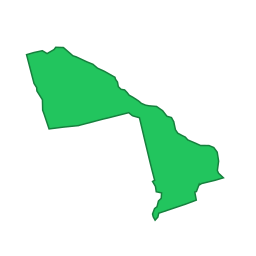 outline of Mangilao, Guam, rotated 256°
{"feature_id": "77769853B74833203647496", "entity_name": "Mangilao", "entity_type": "district", "adm_level": 2, "iso_a3": "GUM", "parent_name": "Guam", "parent_adm1": "", "projection": "albers", "projection_center": [144.825, 13.463], "detail": "fine", "context": "isolated", "style": "filled", "palette": "green", "viewbox_px": 256, "rotation_deg": 256, "n_neighbors": 0, "source": "geoboundaries", "source_scale": "gbopen_adm2", "svg_char_len": 1278}
<svg xmlns="http://www.w3.org/2000/svg" viewBox="0 0 256 256"><g transform="rotate(256 128 128)"><path d="M38.6,131.0L35.7,131.0L32.0,132.0L34.3,135.4L37.9,137.2L40.0,163.1L40.1,164.7L41.5,176.8L49.7,177.3L49.8,179.0L56.1,183.4L55.5,183.5L56.3,186.0L56.2,199.8L56.6,208.5L62.2,204.9L65.1,204.4L73.9,207.9L81.8,208.6L83.0,208.7L88.3,206.5L91.4,202.3L93.5,194.1L96.2,190.7L102.0,183.1L105.3,181.4L107.5,178.8L109.6,176.5L110.8,175.1L114.8,173.6L123.2,173.9L124.1,173.6L127.6,172.7L130.0,168.6L136.4,165.8L138.1,164.3L142.0,160.9L144.4,153.9L145.9,150.6L148.7,146.9L151.0,145.3L152.0,144.5L156.5,140.3L159.6,137.0L162.6,135.7L165.8,133.9L167.2,130.6L170.5,128.6L175.1,128.9L178.2,127.7L180.4,127.6L181.7,126.2L188.8,118.7L193.4,112.9L197.7,109.8L198.3,109.4L202.3,103.9L209.6,94.9L211.4,92.0L216.1,88.7L221.7,84.8L223.8,77.4L222.0,75.2L219.8,67.5L223.7,63.6L224.0,55.0L223.7,47.3L193.9,47.6L189.1,49.2L188.2,48.9L185.9,48.6L176.1,51.8L165.9,49.5L162.5,49.9L146.2,51.2L144.5,65.5L142.3,80.6L142.4,81.9L142.7,106.1L142.6,111.3L142.7,132.4L139.2,135.0L138.5,135.8L135.2,141.6L111.6,141.3L88.3,141.1L82.4,141.1L70.8,141.2L70.2,138.9L64.7,140.5L59.3,140.0L56.9,144.9L51.7,143.2L49.8,139.9L44.6,137.1L43.4,134.3L38.6,131.0Z" fill="#22c55e" stroke="#15803d" stroke-width="1.5"/></g></svg>